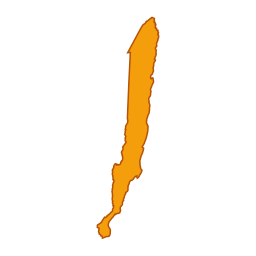 outline of Skeiða- og Gnúpverjahreppur, Suðurland, Iceland, rotated 308°
{"feature_id": "244011B10209439874100", "entity_name": "Skeiða- og Gnúpverjahreppur", "entity_type": "district", "adm_level": 2, "iso_a3": "ISL", "parent_name": "Iceland", "parent_adm1": "Suðurland", "projection": "natural_earth1", "projection_center": [-19.543, 64.398], "detail": "fine", "context": "isolated", "style": "filled", "palette": "amber", "viewbox_px": 256, "rotation_deg": 308, "n_neighbors": 0, "source": "geoboundaries", "source_scale": "gbopen_adm2", "svg_char_len": 5649}
<svg xmlns="http://www.w3.org/2000/svg" viewBox="0 0 256 256"><g transform="rotate(308 128 128)"><path d="M187.1,81.4L189.0,83.3L164.9,100.3L134.9,121.8L134.9,122.1L134.0,122.9L133.9,123.1L133.6,123.3L133.5,123.5L132.6,124.0L131.9,124.5L130.1,124.6L129.4,124.9L128.7,124.8L127.8,125.2L127.5,125.3L127.2,125.6L126.1,126.3L125.2,126.6L125.2,126.9L125.2,127.4L124.5,127.5L124.2,127.7L123.5,127.8L122.9,128.6L121.1,129.2L120.4,130.4L120.4,130.6L120.3,131.1L119.7,131.6L118.5,131.9L118.3,132.0L118.3,132.3L117.8,132.4L117.6,132.5L117.4,132.9L116.5,133.4L116.0,134.1L116.2,134.5L115.8,135.0L114.5,135.5L114.2,135.3L113.4,135.5L112.7,135.4L111.6,135.5L110.7,135.4L110.2,135.5L110.3,135.7L110.2,135.8L109.4,135.8L109.3,136.1L108.8,136.7L107.8,137.3L106.2,137.5L105.7,137.4L105.0,137.9L104.5,138.0L104.3,138.4L104.4,138.5L103.8,139.2L103.2,139.6L103.3,140.0L103.2,140.2L102.7,140.6L102.7,140.8L101.8,141.4L101.7,141.6L101.7,141.8L100.9,142.5L100.4,142.7L100.0,143.1L99.1,143.4L98.4,143.4L98.2,143.2L97.7,143.5L96.6,143.3L96.1,143.8L95.2,144.1L94.8,144.1L94.6,144.0L93.8,143.9L93.4,143.6L93.2,143.1L92.9,142.9L92.9,142.3L92.0,142.1L91.8,141.9L92.3,141.5L92.4,141.3L92.2,141.0L92.4,140.4L92.2,140.3L91.7,140.4L91.4,140.2L91.2,139.8L88.9,140.4L88.6,140.7L87.0,141.4L85.8,141.3L85.2,141.9L84.6,142.0L84.5,142.4L84.0,142.7L83.3,143.4L82.7,143.6L82.1,143.9L81.9,144.3L81.5,144.5L81.2,145.3L79.8,146.5L79.5,147.0L78.1,147.9L78.4,148.4L78.1,148.5L77.9,149.0L77.6,149.3L77.6,149.6L77.4,149.8L76.9,150.0L76.0,150.0L75.6,150.1L75.3,150.5L74.1,150.7L73.3,151.2L73.1,151.4L72.6,151.7L72.4,152.1L71.8,152.6L70.9,152.9L70.6,153.2L70.0,153.2L69.1,154.1L68.2,154.6L67.9,154.6L67.7,155.1L67.2,155.5L67.1,155.8L66.1,156.5L65.7,157.1L65.0,157.5L64.8,157.9L64.5,157.9L64.1,158.1L63.5,158.6L63.1,158.7L62.5,159.1L61.8,159.8L61.6,160.1L61.0,160.5L60.9,161.2L59.5,161.7L59.4,162.0L59.0,162.4L58.8,163.1L58.2,163.7L57.6,163.9L57.7,164.2L58.0,164.3L57.8,164.8L56.7,165.1L56.1,165.7L55.9,165.8L54.5,165.8L53.2,166.9L52.1,166.8L51.3,166.5L49.7,166.5L48.1,166.1L47.5,166.1L47.2,165.9L46.6,165.8L46.2,165.5L45.8,165.8L45.6,165.9L44.2,165.6L43.6,165.3L43.5,164.6L43.4,164.6L42.6,164.5L38.3,164.9L37.9,164.9L37.4,165.2L34.1,164.2L32.9,163.7L32.4,163.8L30.8,165.0L30.9,165.7L31.2,166.5L31.1,167.0L28.4,168.4L27.9,169.1L27.5,170.0L26.8,170.4L27.0,171.9L26.6,172.5L26.3,172.8L26.3,173.0L26.4,173.3L26.9,173.9L26.9,174.2L26.4,174.6L26.0,175.3L25.5,175.7L27.2,176.7L27.8,177.1L29.2,177.9L30.9,179.7L32.3,179.6L33.2,179.3L33.7,179.0L36.0,177.5L36.9,176.7L37.3,176.0L37.6,175.4L38.1,173.8L38.9,172.6L39.6,172.0L41.7,171.0L42.9,170.8L47.3,170.8L47.8,170.9L48.8,171.0L50.4,170.8L52.1,170.8L51.9,171.2L51.9,171.3L53.6,171.9L54.6,172.6L54.9,173.1L55.8,173.4L56.0,173.7L58.5,172.9L59.5,171.6L60.5,170.9L61.1,170.7L63.6,170.8L64.1,170.7L65.0,170.2L66.3,169.2L66.8,169.1L68.1,169.2L68.4,168.7L69.0,168.3L70.1,168.0L70.8,167.9L72.0,167.2L73.0,166.8L73.7,166.8L75.0,166.5L75.2,166.4L75.6,165.9L77.7,166.5L78.6,166.4L79.0,166.2L80.3,165.2L80.7,165.0L81.3,164.5L82.7,163.6L84.5,163.3L85.2,163.0L85.9,162.6L86.7,162.4L88.1,162.4L88.8,162.8L89.0,163.2L90.7,163.6L92.8,163.5L94.0,163.6L94.7,163.8L95.3,164.2L95.6,164.5L94.9,164.8L94.7,165.0L94.8,165.4L94.7,165.8L94.8,166.1L94.4,166.3L95.1,166.6L97.0,166.5L97.9,166.1L98.7,166.2L100.2,165.9L101.2,165.9L102.2,165.4L103.1,165.2L103.4,164.8L103.5,163.7L103.9,163.0L105.6,161.0L106.2,160.5L106.7,159.6L107.8,159.1L109.1,157.7L109.8,157.4L113.9,155.6L117.0,154.8L119.7,153.8L121.3,153.0L121.6,152.8L121.7,152.4L121.7,152.1L121.5,151.2L121.9,150.8L125.2,150.4L126.2,150.2L127.2,149.7L129.3,149.2L132.7,147.9L137.4,145.7L139.3,144.4L141.4,143.0L141.9,142.4L142.0,141.7L142.8,141.0L142.9,140.1L143.2,139.6L144.0,139.0L145.0,138.4L145.0,138.2L147.0,137.1L149.1,136.5L149.9,136.0L152.9,135.3L153.8,134.7L154.4,134.5L156.2,133.3L157.1,132.5L158.7,131.7L159.2,131.3L159.8,130.7L160.7,129.4L160.9,128.9L162.0,128.3L162.5,127.5L164.1,126.1L165.5,125.8L166.6,125.9L167.3,125.7L168.1,125.3L169.3,124.4L170.1,124.1L170.9,123.6L171.5,122.8L172.1,122.3L172.5,121.7L174.8,121.2L176.1,120.7L178.1,120.2L179.2,120.1L180.6,119.4L181.5,118.0L182.7,117.2L182.7,116.9L182.5,116.4L182.2,116.1L181.8,116.0L181.1,116.0L180.9,115.8L181.3,115.0L182.7,114.0L183.5,113.7L185.5,113.9L185.9,113.8L186.9,113.4L188.5,113.0L190.0,111.7L190.2,111.4L190.7,110.8L191.1,110.6L192.1,110.4L192.4,109.9L193.6,109.5L193.8,109.3L194.0,109.0L195.0,108.4L195.7,108.2L197.7,108.1L198.3,107.9L198.6,107.6L198.5,106.4L199.8,106.1L201.1,105.5L202.0,105.5L202.6,105.1L203.3,104.9L203.8,104.6L203.9,104.3L204.5,103.7L205.4,103.2L206.2,102.6L206.8,102.2L207.0,101.7L207.0,101.3L207.2,101.0L207.7,100.6L208.7,100.2L209.9,100.3L210.2,100.3L210.5,100.1L210.9,99.5L212.3,98.4L212.8,98.2L215.5,97.5L215.6,97.3L216.4,97.0L216.6,96.7L216.8,96.6L217.7,96.6L218.0,96.5L219.7,95.2L219.8,95.1L219.7,94.7L220.0,94.3L219.9,93.9L220.4,93.7L221.5,93.6L222.1,93.1L222.0,92.7L222.3,92.4L222.4,92.1L222.7,91.8L223.2,91.6L222.8,91.2L222.8,90.9L223.1,90.6L223.1,90.2L223.5,89.9L223.6,89.4L223.7,89.2L224.2,89.0L224.2,88.9L223.7,88.5L223.9,88.3L224.0,87.6L224.6,87.2L225.3,86.9L225.2,86.7L225.5,86.4L226.0,86.3L226.4,86.3L226.8,86.1L226.8,85.8L226.6,85.5L226.7,85.4L227.3,85.2L227.5,85.0L227.3,84.6L227.4,84.4L227.5,84.3L227.6,84.0L227.9,83.8L227.8,83.3L228.0,83.2L227.8,83.1L229.0,82.4L229.6,81.9L230.4,81.6L230.5,80.6L230.1,79.8L230.0,78.9L229.8,78.7L228.9,78.5L228.6,78.6L228.1,78.3L227.6,78.2L227.4,78.0L226.5,78.0L225.6,77.7L224.7,77.6L224.3,77.4L224.1,77.1L223.1,77.1L222.8,76.8L221.5,77.1L221.0,77.1L220.1,76.9L219.7,76.6L218.9,76.6L218.4,76.3L214.5,76.7L187.1,81.4Z" fill="#f59e0b" stroke="#b45309" stroke-width="1.5"/></g></svg>